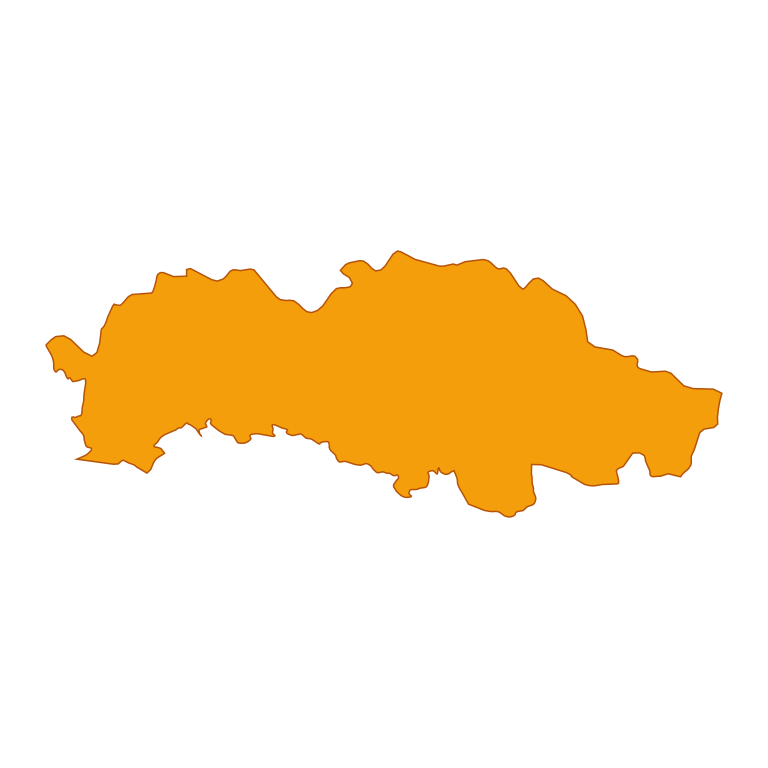 the border of Prešov
{"feature_id": "SVK-1058", "entity_name": "Prešov", "entity_type": "Region", "adm_level": 1, "iso_a3": "SVK", "parent_name": "Slovakia", "parent_adm1": "", "projection": "orthographic", "projection_center": [21.049, 49.105], "detail": "fine", "context": "isolated", "style": "filled", "palette": "amber", "viewbox_px": 768, "rotation_deg": 0, "n_neighbors": 0, "source": "natural_earth", "source_scale": "10m", "svg_char_len": 6061}
<svg xmlns="http://www.w3.org/2000/svg" viewBox="0 0 768 768"><path d="M397.5,251.0L401.0,251.9L415.1,259.4L439.7,266.2L443.8,266.1L453.2,264.0L456.9,265.1L465.2,261.7L483.2,259.5L488.0,260.7L490.5,262.4L495.2,266.9L497.8,268.7L499.7,268.9L503.6,268.0L506.1,268.7L510.4,273.0L518.9,286.0L522.9,289.2L525.5,287.4L529.0,283.1L533.3,279.0L538.4,278.1L543.0,280.6L552.3,289.1L566.0,295.7L575.2,304.2L582.5,315.9L585.9,329.5L587.7,341.8L594.9,346.9L612.9,350.1L621.2,355.3L624.1,356.5L626.7,356.7L632.7,355.8L634.8,356.2L637.6,359.3L637.7,362.0L637.0,364.5L637.6,366.9L639.5,368.5L651.5,372.0L665.4,371.2L670.9,373.2L683.9,385.9L693.2,388.6L713.1,389.1L721.9,393.3L720.1,399.7L718.4,408.6L717.4,417.5L717.7,424.0L713.8,427.5L704.1,429.1L699.7,432.7L694.5,449.0L691.4,455.9L691.2,457.8L691.3,462.8L690.8,465.2L688.5,468.7L682.5,474.0L680.6,476.8L668.7,473.9L667.4,474.0L660.9,476.1L652.6,476.7L651.3,476.2L650.3,475.3L650.0,473.4L649.8,470.9L645.8,461.6L645.3,459.8L645.2,458.4L644.9,456.9L644.1,455.4L639.6,452.9L632.7,453.1L623.4,466.3L618.1,468.7L616.5,470.4L616.4,471.3L616.5,472.1L617.8,476.6L618.5,480.3L618.7,482.1L618.4,483.3L617.9,483.7L616.9,483.9L602.3,484.5L594.7,485.8L590.0,485.7L584.6,484.4L572.9,477.5L571.3,476.2L571.4,475.6L570.7,474.9L569.4,474.1L565.9,472.4L541.2,464.7L531.6,464.5L531.4,474.3L531.8,475.8L532.0,476.9L532.1,482.0L532.2,483.4L533.5,488.2L533.4,490.6L533.5,491.6L533.9,492.8L535.3,496.2L535.7,497.7L535.8,499.1L535.4,500.8L534.6,502.9L533.6,504.1L532.2,505.0L527.4,506.6L523.2,510.5L517.4,511.6L515.7,512.5L515.5,513.0L515.2,514.3L514.8,514.9L514.1,515.5L513.1,516.1L511.7,516.6L509.7,517.0L507.2,516.7L504.4,515.8L499.6,512.3L497.8,511.6L495.7,511.4L491.2,511.6L484.6,510.5L468.6,504.2L461.1,490.9L459.9,489.1L458.5,486.1L457.6,483.8L457.3,479.9L457.0,478.0L454.0,470.6L450.4,472.4L449.8,473.1L448.6,473.8L446.5,474.4L444.6,474.1L441.3,472.5L440.2,471.1L439.5,469.8L439.4,468.9L439.1,468.0L438.7,467.9L438.1,468.7L437.8,471.6L437.5,473.1L437.1,473.9L436.4,473.7L435.4,472.5L433.6,471.0L432.6,470.7L431.4,470.7L429.0,471.6L428.1,472.2L427.8,472.9L428.7,474.5L429.0,475.4L429.1,476.6L428.5,481.6L427.7,484.4L427.0,486.0L426.1,486.9L425.2,487.4L424.3,487.6L420.3,488.1L417.3,489.3L416.1,489.5L412.5,489.5L411.2,489.7L410.2,490.1L409.6,490.8L409.2,491.6L409.0,492.4L409.0,493.2L409.3,494.0L409.7,494.6L411.3,496.0L411.3,496.3L411.1,496.7L410.4,497.0L407.0,497.4L403.9,497.0L401.1,495.6L396.5,491.4L393.7,486.9L393.5,485.2L393.8,484.4L394.3,483.5L395.7,481.7L396.1,480.9L396.6,480.2L398.2,478.7L398.5,478.1L398.6,477.6L398.2,476.2L398.0,475.6L397.7,475.1L397.0,474.9L395.4,475.6L394.0,475.7L392.7,475.3L391.0,474.0L389.2,473.2L386.7,473.2L383.0,471.8L377.8,472.8L376.3,472.2L374.1,470.1L372.8,468.7L371.6,466.8L370.9,466.0L367.9,464.0L366.9,463.7L365.7,463.6L361.1,465.1L359.9,465.2L355.0,464.5L345.3,461.3L341.8,461.7L340.1,462.1L339.1,461.8L338.1,460.8L336.6,458.6L335.9,456.4L335.8,455.8L335.1,454.7L330.9,450.7L329.7,449.0L329.2,447.2L329.3,445.2L329.2,444.2L328.5,442.2L327.5,441.7L326.0,441.5L322.5,442.0L321.1,442.5L320.2,443.0L320.0,443.5L319.7,444.0L318.5,443.7L311.4,439.0L306.1,438.2L301.0,433.8L293.0,435.5L291.8,435.4L290.2,434.9L287.3,433.6L286.5,432.6L286.5,431.6L287.5,430.5L287.3,429.8L285.9,429.0L282.0,428.0L276.0,425.3L273.1,424.6L272.4,424.7L272.1,425.8L272.3,426.6L272.9,427.9L273.0,428.9L272.9,430.0L272.6,431.5L272.5,433.2L272.7,433.6L273.2,434.0L274.9,435.4L274.8,435.8L274.4,436.1L273.5,436.5L257.6,433.7L253.0,434.0L251.3,434.4L250.3,435.0L250.0,435.5L250.0,436.1L250.1,436.7L250.8,438.2L250.9,438.7L250.8,439.1L249.5,440.5L248.8,441.1L247.7,441.7L245.1,443.0L241.9,443.3L239.0,443.1L237.4,442.4L234.3,437.2L233.9,436.2L232.6,435.5L230.5,435.0L225.2,434.4L219.1,430.8L212.4,425.5L211.1,424.3L210.5,423.1L211.2,420.4L211.0,419.3L209.7,418.8L208.5,419.1L206.5,421.2L205.8,422.5L205.4,423.7L206.7,426.1L206.8,426.8L205.9,427.3L199.9,429.3L199.2,429.7L199.0,430.3L199.1,431.1L199.5,433.0L199.9,434.1L200.4,434.7L201.1,435.4L201.2,435.8L200.8,435.5L199.8,434.4L195.9,428.7L190.2,424.7L188.4,424.3L188.1,423.8L187.5,423.2L186.8,423.0L185.8,423.5L181.9,427.3L180.7,427.9L179.8,428.0L179.3,427.7L178.6,427.8L178.0,428.2L176.2,429.7L165.0,434.5L161.7,436.7L160.3,438.0L157.1,442.5L154.1,445.3L153.9,446.1L154.7,446.9L157.6,447.4L160.9,448.5L164.6,453.3L157.0,458.1L155.6,459.5L153.8,462.1L150.7,469.5L146.9,473.1L136.6,466.9L134.8,465.4L133.4,464.6L128.5,462.9L123.8,460.4L122.1,460.5L118.2,463.9L113.3,464.2L76.8,459.2L85.5,455.4L88.3,453.3L91.1,450.5L91.6,448.9L91.1,448.0L88.3,447.4L87.0,446.9L86.2,446.1L85.7,445.0L85.2,443.5L84.2,439.7L83.9,436.3L83.1,434.5L81.9,432.9L80.4,431.3L71.9,419.9L71.7,418.2L71.9,417.3L72.8,417.0L74.6,417.3L76.0,417.3L78.7,416.0L80.4,415.8L81.4,414.8L81.9,412.5L82.2,407.6L83.5,402.1L83.8,398.9L84.0,394.6L85.7,383.2L85.6,380.2L84.9,378.6L83.5,378.7L82.2,379.1L78.7,380.6L73.7,381.5L72.8,381.5L72.0,380.7L71.2,379.7L70.4,378.2L69.7,377.8L69.0,378.1L68.4,378.8L67.6,378.5L66.6,377.1L65.1,373.2L63.9,371.1L62.4,369.7L60.8,369.4L59.0,369.5L58.0,370.1L57.1,371.1L56.6,371.8L55.9,372.0L55.1,371.4L53.9,369.3L53.7,366.8L53.6,362.1L52.7,358.4L51.5,355.3L46.3,346.2L46.1,344.9L51.1,339.9L55.7,336.6L63.8,335.8L70.8,339.6L83.6,352.0L92.0,356.3L96.9,352.5L99.7,342.9L101.3,329.4L104.5,325.6L106.3,321.4L107.8,316.8L112.7,306.0L114.2,304.1L114.8,304.7L120.3,305.4L122.8,303.1L128.4,296.6L132.3,294.5L151.7,293.0L153.0,291.3L154.8,285.9L156.2,280.4L156.8,276.9L157.7,274.5L160.3,272.6L163.3,272.6L173.6,276.6L186.6,276.2L186.6,269.5L190.5,268.6L211.7,279.7L217.2,281.1L223.2,279.0L226.1,276.3L230.1,271.3L232.7,269.9L235.0,269.8L240.5,270.6L250.0,269.1L253.9,269.8L276.2,296.7L280.1,299.6L285.8,300.5L290.1,300.3L294.0,300.9L298.7,304.4L302.9,308.7L306.9,311.7L311.6,312.6L317.5,310.5L322.9,305.8L331.2,293.7L336.4,288.6L340.3,287.8L345.6,287.7L350.3,286.8L352.4,283.3L349.3,277.4L343.5,273.9L340.4,270.4L345.5,264.7L349.4,262.8L359.6,260.7L363.5,261.1L368.0,264.2L371.6,268.2L375.5,270.9L380.9,270.0L385.2,265.9L393.0,254.2L397.5,251.0Z" fill="#f59e0b" stroke="#b45309" stroke-width="1.5"/></svg>